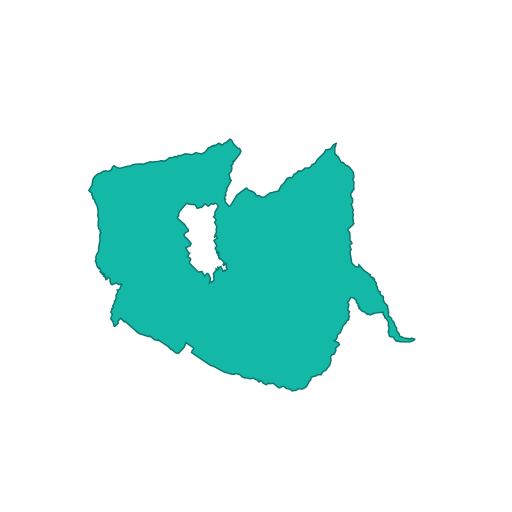 Kediri, Jawa Timur, Indonesia, rotated 35°
{"feature_id": "22746128B82286187836997", "entity_name": "Kediri", "entity_type": "district", "adm_level": 2, "iso_a3": "IDN", "parent_name": "Indonesia", "parent_adm1": "Jawa Timur", "projection": "natural_earth1", "projection_center": [112.099, -7.802], "detail": "fine", "context": "isolated", "style": "filled", "palette": "teal", "viewbox_px": 512, "rotation_deg": 35, "n_neighbors": 0, "source": "geoboundaries", "source_scale": "gbopen_adm2", "svg_char_len": 6148}
<svg xmlns="http://www.w3.org/2000/svg" viewBox="0 0 512 512"><g transform="rotate(35 256 256)"><path d="M366.8,340.6L370.2,338.4L371.9,335.3L372.2,333.0L371.5,328.8L371.9,326.4L371.0,324.1L371.4,322.7L374.0,319.7L374.4,318.1L377.5,315.8L377.1,314.2L377.5,311.5L378.6,309.9L379.0,303.1L377.1,298.2L374.6,295.5L375.1,292.8L376.3,291.6L375.8,288.0L374.1,285.9L375.2,280.8L373.1,279.7L368.6,280.7L369.6,277.4L368.0,273.8L369.0,270.3L367.3,263.0L368.0,259.2L367.5,256.6L368.3,255.6L368.3,254.5L367.2,253.1L367.3,252.0L366.5,252.0L365.2,250.5L364.5,247.9L362.0,247.6L360.1,242.6L357.6,241.5L357.9,239.0L357.3,235.8L359.7,234.4L363.8,234.8L364.6,236.3L367.7,237.0L368.1,238.3L370.2,238.6L370.1,239.7L375.4,240.3L377.0,239.5L380.6,240.0L381.1,239.2L383.2,238.9L386.6,234.0L392.3,229.3L394.1,231.2L395.4,231.2L397.0,232.7L398.3,232.5L402.5,234.2L404.3,237.1L406.2,238.4L408.0,242.6L409.6,243.4L410.8,245.0L412.6,245.0L414.9,243.7L419.3,245.3L424.1,243.1L431.4,238.0L433.7,234.5L433.7,233.1L430.3,234.2L429.3,236.4L428.2,236.1L424.9,238.1L419.5,239.2L417.4,237.4L414.3,236.7L412.4,234.3L409.9,233.4L407.0,231.2L403.8,230.5L403.1,229.6L401.4,229.1L399.0,229.3L396.8,225.9L391.9,221.2L387.9,220.6L385.4,218.8L383.6,216.2L380.4,216.3L378.6,215.0L378.4,214.1L377.4,214.5L374.7,213.7L373.6,212.1L371.2,210.9L370.1,209.2L367.1,208.2L366.7,207.3L365.3,206.7L364.9,207.5L363.9,206.6L361.8,207.2L360.6,206.7L360.6,205.9L352.5,205.9L345.3,204.1L346.1,206.3L345.9,206.9L342.8,207.6L338.6,206.9L332.1,200.3L330.5,198.2L330.0,195.8L326.4,193.7L327.3,190.4L323.8,189.0L319.8,183.4L316.1,181.9L315.9,180.9L316.9,177.8L316.6,177.4L317.4,175.5L317.5,173.2L316.2,172.6L315.6,171.3L313.1,168.9L312.2,166.4L310.1,164.8L309.4,162.6L304.3,159.0L304.4,156.8L302.6,154.1L298.9,152.1L297.7,149.7L298.1,148.2L297.3,146.6L298.1,145.6L297.6,144.6L296.2,143.2L294.1,139.5L291.0,137.5L291.1,135.3L287.8,131.7L282.1,129.7L278.7,129.6L278.0,130.3L273.3,129.4L272.7,130.5L272.2,130.5L266.1,127.4L265.7,127.9L263.6,127.1L263.0,127.5L261.0,125.9L258.4,122.0L258.0,119.7L257.1,119.6L257.3,117.1L255.6,120.7L255.7,125.5L252.3,129.2L252.7,132.4L251.0,141.6L251.2,146.2L249.5,149.2L249.6,152.1L248.7,153.7L245.8,155.7L244.7,160.3L241.9,161.9L241.7,164.7L240.3,167.1L240.7,171.1L238.4,172.4L236.9,174.9L237.2,179.3L236.4,184.4L237.1,189.9L231.1,196.7L229.3,202.5L227.3,204.5L223.9,204.8L221.6,206.3L219.1,205.2L216.3,205.1L211.8,206.4L209.7,205.7L208.9,206.2L205.4,217.0L206.3,229.8L205.1,230.7L199.7,229.3L198.4,228.1L198.5,227.0L197.1,226.6L196.4,225.6L196.5,223.6L194.9,221.9L194.3,218.4L192.7,217.3L193.3,216.5L192.3,208.3L189.9,207.7L189.8,206.9L186.9,204.7L187.1,200.7L186.4,198.7L184.7,196.5L183.6,196.4L184.3,194.4L183.6,191.9L182.9,191.7L183.2,190.5L183.8,190.6L184.1,181.1L183.5,178.7L180.8,177.3L179.8,178.3L173.1,177.0L169.6,175.1L167.4,175.4L166.9,179.0L165.1,182.5L165.3,183.2L164.1,185.1L162.9,184.5L162.6,185.0L160.9,184.8L159.0,189.5L158.3,189.2L157.4,191.2L156.9,191.0L155.7,194.3L154.9,194.7L154.9,199.6L152.8,203.8L147.2,206.0L146.5,208.2L144.9,210.0L139.6,212.7L136.5,217.3L134.7,218.3L134.5,220.2L132.9,220.7L130.5,224.0L128.7,225.2L127.4,229.5L126.3,230.9L123.2,232.6L122.6,233.8L117.5,238.3L115.3,239.5L110.7,245.9L109.6,246.1L104.2,250.3L102.2,252.6L101.5,254.5L99.1,256.4L94.2,262.3L91.1,263.4L87.9,263.5L87.4,265.4L88.0,267.7L87.5,269.9L86.0,271.8L84.3,272.2L82.5,273.9L80.6,278.2L79.5,279.1L78.3,283.2L78.4,286.6L81.1,292.1L81.5,298.3L85.9,298.8L86.6,300.3L88.0,300.7L89.5,302.5L91.4,302.4L92.3,303.6L97.2,306.1L100.9,309.7L103.3,313.8L105.4,315.4L109.1,321.5L111.4,323.7L113.3,324.1L114.7,325.9L115.8,326.0L115.7,328.0L119.3,332.7L122.3,339.5L124.5,342.7L124.5,345.5L125.5,349.1L126.6,349.8L127.5,352.6L129.3,353.0L129.5,353.8L132.2,355.8L133.8,356.3L133.4,355.5L134.2,356.1L134.7,355.4L137.5,357.3L137.2,358.1L138.3,358.6L139.0,358.2L139.5,358.8L140.8,358.0L140.7,358.9L141.5,359.1L142.5,358.0L143.2,359.0L142.9,359.9L144.3,359.7L146.6,361.4L147.2,360.6L146.7,359.5L146.9,358.3L149.8,358.5L151.2,360.8L153.4,362.2L154.6,362.1L156.8,358.4L160.2,358.0L161.7,356.2L162.6,356.3L162.3,357.1L163.3,361.2L162.6,363.0L161.8,363.5L163.6,365.0L163.9,368.7L165.5,370.3L166.2,372.8L165.9,374.3L167.0,375.5L167.3,379.0L168.6,379.8L168.4,381.0L168.9,380.5L168.5,381.4L169.3,385.3L171.8,386.1L173.0,390.8L176.3,391.7L180.1,394.9L180.7,394.6L181.7,390.0L180.3,388.8L180.9,384.6L185.8,385.5L185.9,384.6L204.3,386.7L214.5,383.5L214.6,382.5L221.1,382.7L224.1,381.5L224.1,380.8L235.8,380.5L240.3,381.4L241.2,380.8L245.3,381.4L248.2,380.5L248.4,379.8L249.5,371.7L248.3,367.1L257.2,367.1L258.2,367.6L258.0,370.3L258.6,372.1L281.4,371.7L284.9,370.6L296.0,369.4L303.5,366.9L306.0,365.5L306.8,364.0L308.1,363.3L311.3,362.4L313.8,363.0L316.6,362.4L319.0,360.8L321.9,359.9L323.9,357.3L326.0,357.6L329.2,356.5L329.5,357.4L330.8,357.4L331.3,355.6L332.8,355.1L334.8,356.1L338.3,355.5L339.3,352.8L340.5,352.7L343.3,350.3L350.0,350.9L351.1,350.3L352.6,347.3L354.5,346.7L356.5,347.2L360.2,345.6L363.0,345.8L365.8,343.0L366.8,340.6ZM194.4,235.9L196.7,236.9L197.2,243.6L198.7,245.6L198.9,248.4L199.9,248.2L202.8,249.4L202.8,252.2L207.6,254.7L207.8,256.7L209.9,259.1L210.9,264.0L211.3,264.3L211.9,262.4L214.1,263.4L212.6,267.4L218.2,270.2L218.0,273.0L221.5,274.8L221.9,276.0L222.7,275.9L222.9,274.5L223.8,274.9L223.6,275.6L225.1,276.6L224.5,277.1L225.5,277.4L226.6,278.9L228.2,279.3L229.1,278.5L234.0,279.7L233.9,281.7L234.9,282.3L236.1,279.1L238.2,282.4L240.0,283.1L239.2,286.0L238.4,285.7L237.8,287.4L233.2,284.8L232.2,287.3L230.5,286.8L233.0,288.5L232.5,289.6L230.7,289.3L231.5,290.7L231.2,294.8L235.6,299.9L234.8,303.0L233.6,302.9L233.1,304.5L231.6,300.4L227.4,298.1L225.9,298.3L225.4,302.1L220.7,299.7L217.8,302.3L206.3,300.2L205.0,299.2L204.5,296.3L203.5,295.6L199.9,295.7L200.1,291.8L199.2,292.0L193.6,289.7L196.2,285.5L195.7,283.0L189.5,281.2L186.3,281.1L184.8,280.1L185.0,277.3L186.3,274.5L185.1,273.0L183.5,273.0L179.5,271.1L169.8,270.1L169.3,268.6L169.7,267.6L168.4,265.8L167.8,263.2L168.8,252.8L172.4,251.5L176.2,249.2L177.3,249.1L180.4,250.7L183.6,247.1L184.3,242.4L188.3,242.7L189.5,238.8L191.6,238.0L192.2,236.1L194.4,235.9Z" fill="#14b8a6" stroke="#0f766e" stroke-width="1.5"/></g></svg>